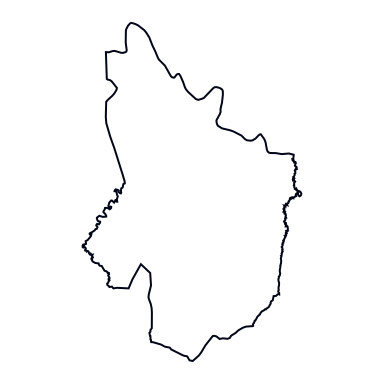 Mueang Si Sa Ket, Si Sa Ket, Thailand
{"feature_id": "78962969B95258731786412", "entity_name": "Mueang Si Sa Ket", "entity_type": "district", "adm_level": 2, "iso_a3": "THA", "parent_name": "Thailand", "parent_adm1": "Si Sa Ket", "projection": "equal_earth", "projection_center": [104.397, 15.099], "detail": "fine", "context": "isolated", "style": "outline", "palette": "ink", "viewbox_px": 384, "rotation_deg": 0, "n_neighbors": 0, "source": "geoboundaries", "source_scale": "gbopen_adm2", "svg_char_len": 5998}
<svg xmlns="http://www.w3.org/2000/svg" viewBox="0 0 384 384"><path d="M258.4,135.5L255.6,138.5L252.6,140.3L250.7,140.7L247.0,140.3L245.1,139.2L241.5,135.6L233.3,131.4L229.8,130.2L222.1,128.4L217.9,125.8L216.9,123.9L216.4,120.9L216.7,119.8L219.8,114.1L220.6,111.9L220.5,109.0L222.0,102.7L222.9,94.5L222.8,91.0L222.1,89.5L220.2,88.2L218.2,87.5L216.4,87.1L214.8,87.2L213.4,88.0L204.0,97.8L202.7,98.5L198.3,99.9L195.8,99.0L188.3,92.1L186.0,89.4L185.0,87.5L183.1,82.0L180.3,75.7L179.1,74.0L178.1,73.9L176.6,74.6L174.7,77.2L173.9,77.7L172.1,77.3L170.9,76.2L164.9,65.6L159.0,59.7L157.9,57.8L155.5,51.9L152.4,45.4L149.3,37.5L146.3,32.7L144.3,30.2L138.1,25.4L135.5,24.1L132.4,23.1L130.9,23.0L130.1,23.4L128.1,25.6L126.5,28.6L125.9,30.3L125.7,42.3L126.7,50.4L126.3,51.6L125.3,52.2L123.0,52.9L121.3,52.8L114.7,50.9L112.5,51.1L108.9,52.3L105.9,52.1L106.8,78.9L107.7,79.6L109.9,80.1L111.5,81.1L116.9,87.9L116.5,89.9L114.3,93.5L112.4,95.7L107.9,99.8L106.2,101.8L105.8,117.0L106.3,123.2L110.2,136.6L114.3,148.1L123.1,176.1L124.6,181.2L124.8,183.4L123.4,184.0L122.6,187.6L121.3,188.3L120.9,190.6L121.2,192.6L121.0,193.3L120.3,193.3L119.0,192.4L118.6,191.8L118.7,190.5L118.5,190.2L115.8,189.3L115.0,190.0L114.6,191.2L116.3,191.3L117.0,194.7L117.8,196.4L116.9,199.1L117.2,201.7L116.7,201.7L116.3,200.1L116.0,199.9L115.5,200.0L114.1,202.6L112.0,200.6L111.2,200.5L109.3,202.6L108.4,205.9L108.6,206.5L109.1,207.1L110.7,206.6L111.2,206.8L111.2,207.8L110.5,208.7L109.7,209.3L108.5,208.4L106.2,207.8L105.0,208.0L104.7,209.4L103.6,211.1L103.4,212.1L105.2,213.9L106.2,215.7L106.2,216.6L102.8,216.9L99.3,215.8L97.0,217.6L96.8,218.3L97.7,220.8L98.4,221.3L99.9,221.5L100.2,221.9L100.0,222.8L98.9,224.3L97.1,223.9L96.4,224.9L96.3,225.7L97.2,226.5L97.5,227.2L96.7,228.9L95.5,229.1L94.7,230.4L91.6,232.4L89.8,233.3L89.6,233.9L90.1,234.5L91.2,233.6L91.5,233.8L90.8,236.3L87.6,240.1L85.7,241.1L86.0,243.9L83.2,244.6L82.6,245.6L82.7,247.2L83.2,247.5L84.0,246.2L84.3,246.2L84.7,247.1L85.8,248.3L85.1,249.8L85.1,250.4L86.0,250.4L86.6,251.5L87.3,250.9L88.4,251.3L89.1,253.4L90.1,254.7L90.4,254.7L90.8,253.9L91.4,255.0L92.6,254.7L92.0,256.1L92.9,257.3L92.6,257.8L91.8,257.8L91.3,258.9L91.5,259.4L92.1,259.6L92.1,260.6L92.7,261.5L95.3,263.0L98.6,263.4L99.0,264.8L99.7,265.7L101.7,266.0L104.6,270.8L106.7,271.4L107.7,273.0L108.6,272.7L109.0,273.0L109.1,274.2L108.3,275.0L108.2,275.6L109.5,277.6L109.5,278.2L108.9,278.4L108.5,279.1L108.7,279.8L109.4,279.9L109.5,280.4L108.5,281.5L108.2,282.8L107.2,283.5L107.1,283.9L107.5,285.2L108.6,285.9L109.4,287.0L111.9,286.6L113.4,288.4L116.9,287.8L128.6,288.4L132.4,279.4L140.9,264.2L150.2,273.0L151.0,285.4L148.8,294.4L148.5,297.2L148.9,299.1L150.7,303.8L151.6,308.0L151.9,312.3L151.8,328.2L150.4,330.1L150.4,331.7L149.4,332.9L149.9,335.3L150.3,335.7L150.1,336.2L150.5,336.8L150.5,339.5L150.9,339.8L151.2,342.1L153.0,342.2L161.2,344.6L164.7,346.6L169.7,347.6L171.3,349.5L182.6,355.2L184.2,355.8L187.0,356.3L187.7,357.1L189.3,360.0L189.8,360.4L192.7,361.0L198.9,355.5L201.4,352.1L205.3,345.5L212.7,336.1L214.2,335.8L216.4,336.4L219.7,339.0L222.8,338.3L227.4,338.8L229.7,338.0L231.0,335.9L232.0,335.1L235.4,333.1L238.3,330.4L242.7,327.8L246.0,326.6L252.9,326.1L253.2,325.8L252.9,325.2L253.0,324.2L253.6,323.2L254.0,323.0L254.7,320.7L255.2,320.7L255.9,319.6L257.6,316.4L259.1,315.2L259.4,314.6L259.9,314.5L260.7,312.7L261.9,311.4L264.0,310.3L265.0,309.3L265.9,309.4L266.3,308.7L268.6,307.2L270.7,303.6L270.6,302.6L271.1,301.4L272.8,300.2L273.6,296.1L276.0,295.9L277.6,294.4L278.7,294.0L279.2,294.3L279.2,293.0L278.5,292.3L278.2,291.2L278.8,289.9L278.5,288.9L278.6,286.7L279.0,285.7L279.1,282.9L278.5,280.8L278.4,279.1L278.9,277.6L278.8,276.6L279.7,275.7L280.2,273.5L279.8,271.5L279.8,269.9L280.3,267.5L280.3,265.6L280.6,265.3L280.6,264.2L281.0,263.4L281.2,260.6L280.8,258.4L281.5,256.2L281.1,255.8L281.6,255.3L281.8,254.2L281.6,253.4L282.2,252.7L282.0,252.1L282.6,251.5L282.4,251.2L282.6,250.1L282.1,249.8L282.5,249.0L282.4,248.2L281.7,247.1L282.2,246.7L282.3,246.0L282.6,245.5L282.3,244.3L282.8,244.1L282.7,243.0L283.4,242.7L283.2,240.8L283.9,240.7L283.8,239.8L285.6,236.5L285.0,235.9L285.8,235.7L286.1,235.2L285.7,234.6L285.8,233.8L286.8,233.4L286.7,232.9L285.9,232.6L286.2,231.8L287.0,231.3L286.5,231.2L286.3,230.8L287.7,230.7L287.9,229.0L287.7,227.3L287.4,227.1L287.5,226.4L286.6,225.5L286.4,226.1L285.7,226.3L285.9,225.1L285.6,224.5L285.9,224.1L285.5,223.6L286.0,223.5L286.0,223.0L285.7,222.8L284.9,223.3L284.7,222.4L284.0,221.5L285.3,219.9L285.5,218.8L285.1,218.6L285.1,218.3L286.2,217.8L285.5,216.7L285.9,215.6L285.6,214.9L285.8,214.2L284.9,213.7L285.0,212.8L284.4,213.2L284.2,212.4L284.4,211.6L283.6,211.6L284.1,210.7L284.0,210.0L284.3,209.8L283.5,209.0L284.3,208.4L284.1,208.0L284.3,207.5L284.1,207.1L284.7,206.7L284.7,205.7L284.4,205.4L285.1,205.4L285.6,206.1L285.9,204.1L287.2,204.9L286.8,203.7L288.2,203.2L288.5,201.6L289.1,201.5L289.2,200.5L289.9,199.8L289.9,198.9L290.7,198.9L290.4,197.9L292.0,197.3L292.6,198.2L293.4,198.3L293.3,197.4L294.8,196.9L295.2,196.4L296.1,196.1L295.7,195.0L296.0,194.0L296.4,193.7L297.3,194.0L297.4,193.0L298.0,193.6L298.1,194.6L298.6,195.6L299.7,196.3L300.9,195.3L301.4,193.8L300.7,192.2L299.7,191.3L298.7,191.1L298.6,191.7L297.8,191.3L297.4,190.3L296.7,190.2L296.7,189.5L296.4,188.8L295.9,189.5L295.6,189.1L294.8,188.9L294.8,188.0L294.2,187.1L294.3,185.7L293.8,185.2L294.2,184.6L294.1,182.9L295.0,181.8L294.3,181.4L294.5,180.7L293.8,180.3L293.9,179.5L293.3,179.2L292.9,179.7L292.8,179.2L293.1,178.4L294.2,178.0L293.3,176.9L293.9,176.5L294.7,175.0L294.5,173.7L295.3,173.3L295.3,171.6L294.7,170.6L295.6,169.1L296.5,169.4L296.9,169.0L296.3,168.1L296.7,167.2L296.3,166.7L295.6,166.6L294.9,165.5L295.4,163.9L295.8,163.5L295.6,162.2L295.4,162.0L294.2,162.5L293.8,161.6L293.8,160.6L292.8,160.6L292.5,160.1L292.4,159.1L293.1,159.2L293.3,158.8L293.7,154.7L288.8,153.5L281.8,154.1L275.7,153.1L270.1,153.0L268.9,152.6L267.6,151.4L266.9,149.7L265.6,142.6L265.0,140.7L264.0,138.7L260.8,134.3L259.8,134.4L258.4,135.5Z" fill="none" stroke="#020617" stroke-width="2"/></svg>